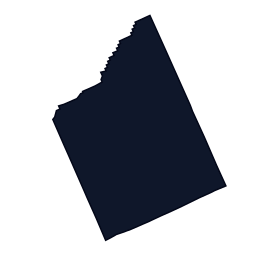 the district of Jackson, Oregon, United States of America, rotated 336°
{"feature_id": "52423323B54328460480389", "entity_name": "Jackson", "entity_type": "district", "adm_level": 2, "iso_a3": "USA", "parent_name": "United States of America", "parent_adm1": "Oregon", "projection": "orthographic", "projection_center": [-122.779, 42.5], "detail": "fine", "context": "isolated", "style": "filled", "palette": "ink", "viewbox_px": 256, "rotation_deg": 336, "n_neighbors": 0, "source": "geoboundaries", "source_scale": "gbopen_adm2", "svg_char_len": 969}
<svg xmlns="http://www.w3.org/2000/svg" viewBox="0 0 256 256"><g transform="rotate(336 128 128)"><path d="M61.9,221.5L67.3,221.2L72.6,220.7L73.8,220.5L82.5,221.3L85.1,221.4L88.0,221.7L102.5,221.8L109.2,221.9L111.7,221.8L122.3,221.6L134.6,221.6L145.5,221.4L164.3,220.7L178.7,220.6L181.5,220.4L193.9,220.7L193.7,198.2L194.0,167.7L193.8,147.6L193.7,139.1L194.1,132.6L194.0,72.3L193.8,34.1L177.5,34.2L177.5,36.7L174.7,36.7L174.8,39.4L172.0,39.4L172.0,42.2L169.3,42.2L169.3,44.9L155.5,45.1L155.5,47.8L152.8,47.9L152.8,50.5L150.0,50.4L150.0,53.3L144.8,53.1L144.8,56.1L139.4,56.1L139.4,58.8L136.6,58.8L136.6,61.6L133.9,61.6L133.9,64.3L131.2,64.3L131.2,67.0L125.8,66.0L125.8,70.1L123.1,72.8L123.1,75.5L115.1,76.2L106.9,76.2L101.4,76.1L101.4,77.5L98.7,77.4L96.0,79.0L93.3,80.4L79.1,80.3L73.6,79.6L73.6,83.0L69.7,83.0L65.5,88.2L62.8,89.6L62.6,118.1L62.6,128.7L62.4,166.3L62.4,167.3L62.3,174.7L62.3,198.0L61.9,221.5Z" fill="#0f172a" stroke="#020617" stroke-width="1.5"/></g></svg>